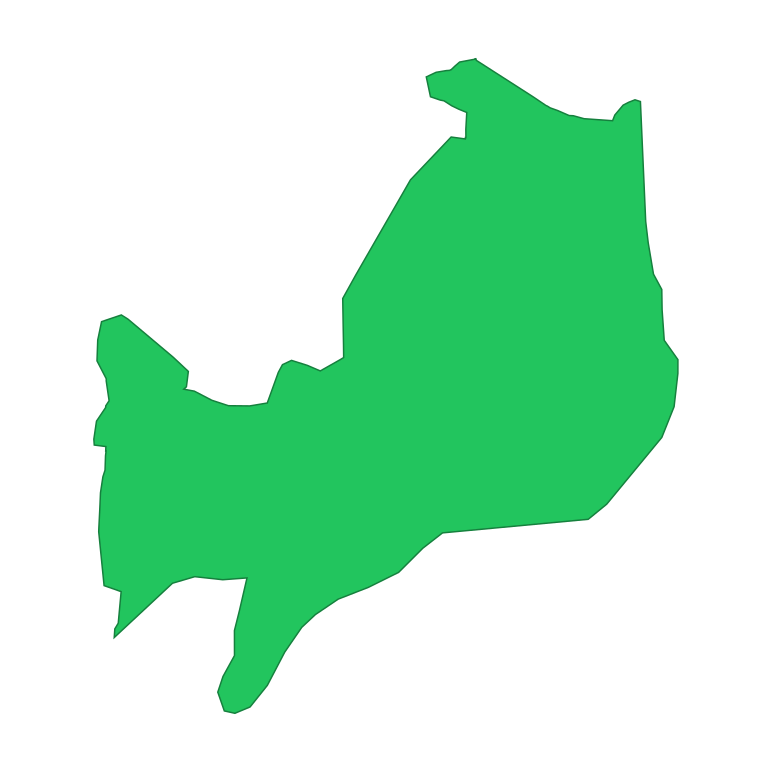 the district of Boldumsaz, Tashauz, Turkmenistan, rotated 86°
{"feature_id": "10190150B19279847457631", "entity_name": "Boldumsaz", "entity_type": "district", "adm_level": 2, "iso_a3": "TKM", "parent_name": "Turkmenistan", "parent_adm1": "Tashauz", "projection": "equal_earth", "projection_center": [59.725, 41.991], "detail": "fine", "context": "isolated", "style": "filled", "palette": "green", "viewbox_px": 768, "rotation_deg": 86, "n_neighbors": 0, "source": "geoboundaries", "source_scale": "gbopen_adm2", "svg_char_len": 1703}
<svg xmlns="http://www.w3.org/2000/svg" viewBox="0 0 768 768"><g transform="rotate(86 384 384)"><path d="M120.0,120.2L122.5,126.0L131.8,135.0L137.3,137.6L133.3,165.9L129.6,176.4L129.1,180.6L123.3,191.7L120.1,199.0L118.2,201.6L117.4,203.1L108.4,214.6L67.6,269.3L65.9,269.7L65.9,270.4L66.3,270.4L68.1,286.1L71.6,290.8L75.3,295.3L75.3,295.9L75.7,296.4L75.7,300.0L76.7,310.3L80.6,320.4L100.7,317.6L104.7,308.1L105.7,304.4L111.2,297.0L115.1,290.2L118.9,282.5L135.7,284.6L143.9,285.1L143.8,285.6L145.2,285.8L142.3,299.8L181.5,342.6L182.0,343.2L183.3,344.1L208.5,361.0L240.3,382.4L272.9,404.3L295.8,419.2L321.8,420.6L342.9,421.7L354.8,422.4L356.6,425.9L364.1,441.6L366.5,446.7L360.1,459.1L354.0,474.6L357.6,483.9L365.0,488.6L382.7,496.4L393.5,501.2L394.8,501.7L396.1,515.1L396.5,519.6L394.8,540.7L388.2,556.9L377.9,573.7L375.2,584.1L373.0,581.3L357.8,578.3L342.7,592.3L301.5,634.8L296.8,641.2L302.1,661.4L317.7,665.8L320.1,666.5L340.9,668.7L359.4,660.7L361.5,660.9L381.5,659.4L386.4,663.1L388.0,663.3L401.0,673.4L418.8,677.3L424.7,677.3L427.0,665.8L431.5,666.3L431.5,665.9L436.0,666.8L450.5,668.3L457.0,670.9L472.7,674.4L486.9,676.0L507.8,678.5L511.5,678.9L565.6,677.3L572.8,660.7L604.1,665.8L609.5,669.6L618.1,670.8L568.0,608.9L563.0,586.2L568.0,558.5L567.9,534.2L599.6,543.9L619.5,550.4L644.5,552.1L664.5,565.0L679.8,571.3L699.0,566.1L702.1,555.7L696.8,540.1L676.5,521.4L644.5,501.7L621.0,483.0L609.2,468.5L595.4,444.7L585.7,413.6L572.9,382.5L550.5,356.7L536.6,336.0L533.2,189.7L519.4,170.2L456.7,110.6L426.9,96.2L394.0,90.1L380.2,89.1L360.0,101.4L329.3,101.4L309.1,100.3L293.2,107.5L261.3,110.6L240.1,111.6L120.1,108.5L118.0,113.8L120.0,120.2Z" fill="#22c55e" stroke="#15803d" stroke-width="1.5"/></g></svg>